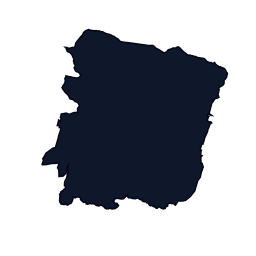 the district of Vladesti, Arges, Romania, rotated 287°
{"feature_id": "2599482B92023651488656", "entity_name": "Vladesti", "entity_type": "district", "adm_level": 2, "iso_a3": "ROU", "parent_name": "Romania", "parent_adm1": "Arges", "projection": "equal_earth", "projection_center": [24.925, 45.154], "detail": "fine", "context": "isolated", "style": "filled", "palette": "ink", "viewbox_px": 256, "rotation_deg": 287, "n_neighbors": 0, "source": "geoboundaries", "source_scale": "gbopen_adm2", "svg_char_len": 5712}
<svg xmlns="http://www.w3.org/2000/svg" viewBox="0 0 256 256"><g transform="rotate(287 128 128)"><path d="M216.0,172.9L216.1,171.3L215.7,170.0L216.0,168.8L215.7,167.7L215.8,166.6L215.8,165.7L215.3,164.5L215.6,162.6L216.4,161.4L216.5,160.5L217.5,158.0L219.8,154.0L220.0,153.5L220.3,152.6L220.1,151.8L218.3,150.0L217.8,148.1L217.6,147.5L216.6,146.8L215.6,145.1L214.4,143.5L213.3,143.2L211.9,142.4L211.1,141.5L210.5,140.6L210.5,139.7L212.0,134.6L212.2,133.5L212.2,132.6L212.7,130.9L213.7,129.3L213.9,128.2L214.2,127.5L213.7,125.8L213.2,124.8L213.0,124.1L209.7,103.2L208.9,99.5L208.5,96.0L208.6,95.2L208.8,94.6L210.1,92.7L210.7,90.0L211.6,87.8L211.5,86.4L211.9,84.9L212.1,83.0L211.9,79.9L212.1,77.7L212.3,77.2L212.6,75.6L212.3,74.1L212.4,72.7L212.3,71.4L211.8,70.7L211.9,69.5L211.0,66.7L210.7,65.4L210.8,64.3L210.4,63.3L210.6,62.1L210.4,61.9L210.6,61.3L209.9,60.8L209.0,59.4L207.2,58.1L206.4,57.7L205.6,57.5L203.4,57.3L202.5,56.6L195.5,53.7L195.2,53.8L193.8,53.2L191.5,53.5L190.3,53.4L189.0,52.9L188.9,51.5L188.2,50.3L187.4,49.2L186.9,48.3L186.9,47.5L187.2,46.5L186.8,44.5L186.4,45.4L185.0,46.2L184.5,46.9L183.7,47.3L183.3,48.3L183.2,50.4L182.9,51.1L181.1,53.5L180.0,54.3L178.6,55.7L177.4,56.1L176.0,56.3L175.5,56.6L175.1,57.3L174.7,57.2L173.8,57.6L172.2,59.6L171.8,59.7L170.6,59.0L169.6,59.0L167.9,60.6L167.4,60.9L166.8,62.3L166.8,64.5L165.2,66.7L164.5,67.2L163.6,67.2L161.6,66.1L161.0,64.8L160.6,63.0L160.5,61.8L160.2,60.3L160.2,58.1L159.9,57.0L159.9,55.6L159.7,53.4L158.6,53.5L156.6,53.2L155.3,54.2L154.2,54.2L152.9,54.5L151.1,54.1L149.6,53.5L147.7,53.4L147.4,53.1L146.2,54.2L143.5,57.8L143.0,59.1L141.9,61.1L141.2,61.9L139.0,63.9L139.0,67.8L138.1,69.0L137.8,69.9L138.0,70.8L137.8,71.4L137.7,72.2L137.0,73.3L136.4,73.8L135.6,74.9L135.4,75.0L134.0,74.8L133.7,74.6L132.1,74.1L131.0,74.3L129.8,74.8L128.9,74.9L128.1,75.4L127.2,72.2L125.7,70.1L124.1,68.4L123.9,66.4L124.2,64.6L121.9,60.1L118.3,60.3L118.3,61.3L114.8,61.3L115.4,59.4L109.6,59.7L110.5,62.1L108.3,62.1L108.5,64.1L99.6,64.0L98.4,64.2L88.1,64.3L87.7,64.2L87.4,63.2L86.7,62.0L83.9,60.0L83.9,59.9L79.8,56.9L76.6,56.3L73.6,55.5L73.3,55.9L72.5,56.4L72.2,56.5L69.5,56.6L68.2,56.4L67.9,56.8L67.9,57.2L68.4,58.3L68.9,60.1L71.6,65.1L73.0,69.0L74.1,71.4L73.4,72.1L72.5,72.4L69.5,72.2L69.6,72.7L69.3,72.7L66.6,74.5L61.4,76.2L63.0,79.9L66.5,81.9L67.5,81.8L69.4,81.8L72.5,81.2L73.6,81.5L75.7,81.6L75.2,81.9L72.2,81.8L71.2,82.1L69.9,82.8L69.1,82.8L68.4,83.6L67.7,83.4L66.9,83.6L65.1,83.5L64.9,84.0L64.5,84.0L63.0,83.7L62.4,84.1L59.5,83.3L57.8,83.2L54.5,84.0L54.1,84.4L54.0,85.1L54.3,85.3L54.2,85.5L53.8,85.8L51.9,85.5L51.3,85.3L50.6,84.7L49.8,84.4L49.4,84.1L48.6,83.6L47.3,82.5L46.8,82.5L46.3,82.7L44.5,82.0L43.6,82.7L38.4,83.8L36.9,84.8L36.4,85.6L35.7,86.2L36.1,89.3L36.9,90.6L36.6,92.4L36.6,92.7L36.9,93.1L38.4,94.1L39.1,95.3L39.5,95.6L41.9,96.1L45.7,95.9L45.8,97.1L45.7,97.6L45.8,98.0L46.9,99.0L47.2,99.5L47.5,100.2L47.5,102.9L46.9,103.2L45.9,103.4L45.4,103.9L43.9,107.1L43.9,107.5L44.9,108.9L44.0,109.8L43.1,110.3L43.3,110.8L43.3,111.7L43.9,112.4L44.7,113.9L44.8,115.5L45.5,116.3L45.5,116.6L45.3,117.1L45.5,118.6L44.9,119.7L44.7,120.6L44.9,122.4L45.0,123.1L46.3,124.6L46.4,126.1L45.8,127.0L45.8,127.9L45.1,128.6L44.5,129.9L44.4,131.4L45.1,132.3L45.0,133.1L46.1,134.1L46.3,134.9L45.8,135.4L46.0,136.7L46.5,137.3L46.8,138.7L47.7,139.6L49.6,141.1L51.2,141.6L52.0,140.4L52.5,139.8L52.7,139.2L52.2,137.6L53.1,136.4L53.3,135.2L53.7,135.2L54.5,135.8L56.5,136.4L57.1,136.9L57.7,138.8L58.1,142.1L58.7,143.8L59.0,144.3L59.4,144.7L59.9,144.7L61.1,145.6L61.9,145.7L62.6,145.4L62.9,145.5L63.3,145.9L62.9,146.3L61.4,149.1L62.1,150.8L61.9,151.8L62.0,153.3L62.5,155.7L63.6,157.3L63.8,158.3L63.2,160.1L63.1,162.6L62.3,163.2L62.2,163.6L62.3,165.3L62.6,166.1L62.6,166.9L62.0,167.6L62.1,169.0L61.4,170.0L60.5,171.0L60.2,171.9L60.2,172.4L61.0,173.5L60.7,174.4L60.4,174.7L60.2,176.2L60.4,177.1L59.7,178.0L59.5,178.5L59.9,179.5L61.1,179.9L61.4,180.5L61.8,180.9L61.4,181.9L61.0,183.8L60.9,184.9L61.1,185.7L61.5,186.5L62.1,187.1L63.0,187.0L63.7,187.2L64.6,188.5L64.9,188.7L65.4,188.7L66.6,188.1L67.7,189.1L68.8,190.8L68.4,191.4L68.4,191.8L69.2,193.7L68.5,194.7L68.1,195.9L72.8,197.3L74.5,202.4L75.8,204.3L80.7,207.6L87.2,210.2L97.9,210.1L102.1,211.5L107.6,211.0L108.3,211.2L111.5,211.2L112.5,211.4L114.2,210.4L114.7,209.7L115.7,209.4L115.8,207.9L116.4,207.9L116.4,207.2L116.8,207.0L117.0,207.3L117.6,207.5L121.2,206.2L123.2,206.9L123.2,205.9L122.3,205.9L122.2,205.5L124.4,205.2L126.6,204.7L128.2,204.7L128.3,203.2L131.5,203.3L134.3,203.2L134.5,204.4L137.7,204.0L137.5,204.4L140.7,204.2L147.8,205.1L150.7,204.8L151.4,205.1L156.8,205.4L156.7,205.9L157.4,206.0L157.4,206.4L157.8,206.2L157.9,205.7L158.0,204.8L157.7,204.4L157.5,203.1L158.3,202.1L158.3,201.5L161.8,201.7L161.9,201.4L162.1,201.4L162.9,201.9L162.9,201.6L162.6,200.4L162.7,200.2L164.0,200.3L164.4,200.7L164.8,200.8L164.7,201.4L164.9,202.3L164.5,203.1L164.4,203.9L164.5,204.4L165.2,202.3L165.9,201.3L176.0,200.9L179.1,201.9L178.9,201.2L179.3,201.0L181.9,203.3L182.4,204.0L182.4,204.4L184.0,206.0L185.0,205.2L185.5,205.0L185.7,204.7L185.8,204.1L186.3,204.3L187.0,204.2L188.6,204.2L189.9,204.0L191.4,204.0L192.0,203.6L192.7,202.9L193.0,202.9L196.0,205.7L197.1,206.4L197.9,206.7L198.7,206.8L201.8,205.9L203.3,206.8L205.4,207.4L209.3,207.1L209.7,206.7L210.1,205.8L211.7,204.6L212.9,203.0L213.2,201.6L213.1,200.7L213.4,199.8L213.1,199.1L213.5,198.6L213.6,198.2L213.1,197.6L213.0,197.3L213.7,196.3L213.6,195.4L214.1,194.5L214.3,193.8L215.1,192.4L216.0,191.7L215.9,191.5L214.8,190.7L214.6,190.1L214.6,189.7L214.9,188.7L214.6,188.0L214.5,186.3L214.6,184.8L215.0,183.3L215.6,182.4L216.1,182.1L216.7,180.3L216.5,179.3L216.5,178.5L216.2,177.4L215.9,174.6L215.6,173.3L216.0,172.9Z" fill="#0f172a" stroke="#020617" stroke-width="1.5"/></g></svg>